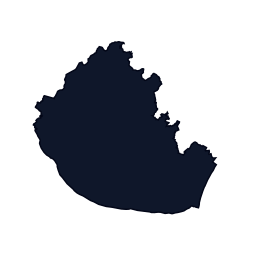 outline of Waimakariri District, Canterbury, New Zealand, rotated 15°
{"feature_id": "76426892B89827280876957", "entity_name": "Waimakariri District", "entity_type": "district", "adm_level": 2, "iso_a3": "NZL", "parent_name": "New Zealand", "parent_adm1": "Canterbury", "projection": "mercator", "projection_center": [172.332, -43.208], "detail": "fine", "context": "isolated", "style": "filled", "palette": "ink", "viewbox_px": 256, "rotation_deg": 15, "n_neighbors": 0, "source": "geoboundaries", "source_scale": "gbopen_adm2", "svg_char_len": 5809}
<svg xmlns="http://www.w3.org/2000/svg" viewBox="0 0 256 256"><g transform="rotate(15 128 128)"><path d="M102.3,47.4L101.9,46.8L101.3,46.6L98.9,47.1L97.6,47.0L96.4,47.2L94.7,48.2L93.3,48.3L92.7,48.7L92.5,49.3L90.6,50.0L89.6,51.3L89.1,51.6L88.9,52.1L88.9,53.4L87.9,55.5L87.9,58.0L86.4,59.4L85.1,59.2L83.8,58.4L83.1,57.6L82.8,57.6L82.4,57.0L81.6,56.8L79.2,56.9L78.9,58.0L78.0,59.3L78.0,60.5L77.7,61.3L77.6,62.3L78.0,63.4L76.7,64.2L75.7,65.8L73.6,67.6L73.2,68.3L72.8,70.4L71.6,71.6L72.6,74.6L71.7,76.1L71.7,76.5L69.7,78.5L68.3,78.6L66.4,76.4L64.2,77.8L62.7,84.1L61.6,85.7L59.0,88.1L54.5,92.4L54.8,94.5L54.4,96.5L54.3,97.6L54.7,98.3L55.3,98.8L55.7,99.8L56.0,101.5L55.5,102.7L55.4,104.1L56.1,105.6L55.4,107.3L54.7,108.2L52.5,109.0L50.8,110.5L50.4,111.7L50.4,113.0L50.1,113.8L49.6,116.4L48.9,117.5L48.8,117.9L49.1,118.6L38.9,118.5L38.5,119.0L38.4,119.8L38.7,120.7L38.1,121.5L38.3,122.3L38.5,124.0L37.5,124.4L37.0,125.4L37.1,126.2L36.7,126.5L35.8,126.7L34.3,126.4L33.9,126.6L33.8,127.2L34.4,128.0L34.0,128.5L33.9,129.6L33.2,131.2L33.3,132.0L36.4,133.1L38.2,134.4L38.8,134.3L39.6,134.6L40.5,136.3L40.4,136.8L40.7,138.0L41.7,138.0L42.1,138.4L41.9,139.1L41.0,139.7L40.2,138.8L39.9,139.0L40.0,139.8L40.7,140.4L41.0,141.1L39.1,141.6L38.7,142.0L38.5,142.5L37.9,143.0L37.2,144.6L38.0,145.2L38.1,146.0L37.9,146.4L37.4,146.7L36.6,148.0L36.1,148.2L35.8,149.5L36.4,149.7L37.2,149.4L37.7,150.2L37.5,150.9L37.7,151.5L38.1,152.0L39.8,152.0L40.1,152.2L40.2,152.6L40.1,152.9L39.5,152.9L38.9,153.4L38.8,154.1L39.0,154.7L42.3,158.0L42.9,159.0L46.2,162.1L46.4,162.6L46.5,165.3L46.7,166.0L49.4,169.8L53.2,173.2L56.4,175.1L59.6,176.0L61.0,177.0L61.8,176.9L63.7,177.3L65.8,178.6L69.2,181.8L69.7,183.7L71.5,186.7L74.4,190.8L77.5,192.8L83.6,197.5L91.2,201.4L92.2,202.3L95.4,203.8L98.3,204.6L102.3,205.2L110.6,207.7L114.2,208.1L119.4,209.3L127.3,209.4L133.1,208.6L142.5,207.9L147.2,207.0L149.9,206.1L151.3,205.2L158.5,205.1L170.6,203.4L172.5,203.5L175.3,202.8L178.9,201.4L181.3,200.9L185.9,200.9L189.6,199.4L192.3,199.4L193.3,199.1L195.4,197.8L198.1,196.6L201.4,194.8L203.5,193.5L205.6,191.1L207.8,189.4L209.3,187.0L210.2,186.7L211.6,187.0L212.9,186.6L214.1,186.9L216.7,186.8L216.7,184.7L216.5,182.8L216.2,181.9L216.1,176.6L216.5,169.5L217.0,164.8L217.2,164.6L218.3,157.5L219.0,154.7L220.1,150.1L221.3,146.7L221.9,143.2L222.8,140.6L218.5,138.9L220.4,134.2L218.2,135.0L216.3,134.2L214.8,131.4L213.1,132.4L212.6,131.4L212.8,130.2L212.2,128.7L208.8,130.0L208.4,129.4L208.9,126.6L205.0,125.7L204.8,126.5L202.5,126.1L202.3,125.8L201.7,125.9L199.5,125.7L198.3,124.6L196.6,124.2L195.9,124.5L195.2,125.2L194.8,126.4L194.4,126.3L193.6,128.3L193.5,128.2L193.1,130.9L192.2,132.7L191.3,132.4L189.1,135.5L189.6,136.1L189.7,136.4L189.4,136.3L189.0,136.4L188.8,136.2L188.6,136.5L189.2,136.7L189.0,137.3L189.3,137.4L188.7,139.7L186.9,139.5L185.4,139.7L184.5,139.1L183.1,139.3L183.0,138.3L182.8,137.5L181.9,136.3L181.2,134.8L179.8,134.7L179.6,134.4L179.5,134.1L180.4,133.6L180.1,132.9L180.2,132.3L179.3,131.6L179.0,130.0L176.3,128.2L176.6,127.2L174.3,126.4L174.9,125.9L175.1,125.4L174.8,125.3L174.9,125.0L174.7,124.4L175.0,123.4L174.9,122.9L174.7,122.8L174.7,122.2L174.2,121.0L174.2,120.5L174.5,120.4L174.3,120.2L174.6,119.9L174.4,119.8L174.6,118.9L175.8,118.2L176.5,117.4L177.5,116.7L176.5,115.1L176.0,114.7L174.9,113.2L175.2,112.9L175.1,112.3L175.3,112.4L175.9,110.2L176.2,109.9L176.1,108.8L173.8,108.4L173.5,109.6L173.7,109.9L173.5,110.5L173.1,110.8L173.2,111.0L172.5,111.5L172.7,111.8L172.2,112.0L171.8,112.6L172.1,113.1L171.6,113.3L171.5,113.6L171.3,113.6L171.0,113.9L170.6,113.9L170.3,114.3L170.4,114.7L169.5,115.1L169.3,114.8L168.3,114.7L168.1,114.9L168.2,115.2L167.9,115.4L167.1,115.3L166.8,115.4L166.9,115.8L166.5,115.6L165.7,116.1L165.1,116.0L164.7,116.3L164.8,115.8L164.7,115.6L165.0,115.2L164.8,114.6L165.2,114.0L165.0,113.9L165.3,113.8L165.4,113.5L166.1,112.7L166.2,112.3L162.3,112.1L162.3,109.7L163.4,109.4L163.8,109.0L165.0,109.0L164.9,108.7L165.2,108.7L165.3,108.2L164.7,107.8L164.0,106.9L163.3,107.0L163.3,106.1L161.6,106.2L161.4,105.6L162.9,103.8L161.9,102.7L161.8,103.5L160.7,104.8L160.6,105.2L159.7,105.6L157.1,105.6L156.3,106.8L157.3,107.3L157.7,107.9L158.0,108.2L156.1,109.6L155.1,112.5L153.3,112.0L153.2,112.3L152.8,112.2L152.7,112.4L151.6,111.2L151.5,111.4L148.4,109.9L148.9,109.8L149.4,109.2L149.4,108.6L149.7,108.2L149.6,106.7L149.9,105.9L150.5,105.6L151.1,103.3L151.7,102.7L151.4,101.6L150.6,101.7L150.2,101.1L148.7,97.5L148.8,97.1L148.6,96.0L148.0,95.9L147.7,96.4L147.1,96.6L147.0,95.3L147.3,94.8L147.4,93.9L146.1,91.2L145.7,90.7L145.0,88.9L143.9,87.6L143.8,86.3L146.4,84.0L147.1,82.4L147.1,81.3L146.9,80.7L148.5,77.3L149.1,76.9L149.0,76.5L148.3,75.9L147.9,74.8L146.8,74.5L146.7,74.0L146.1,73.5L146.2,73.1L145.9,72.4L145.6,72.4L145.5,72.1L145.6,71.9L145.2,71.8L145.0,71.4L145.0,71.0L144.5,70.7L144.2,70.9L144.1,70.6L142.7,70.1L141.7,69.3L140.5,68.9L139.9,69.0L138.9,68.6L138.1,69.3L137.5,71.4L137.2,71.3L137.0,71.6L137.2,72.4L137.0,73.4L134.7,75.2L133.2,77.2L131.7,77.7L130.6,76.9L128.9,76.3L128.2,75.6L127.1,73.3L127.0,72.8L127.1,72.2L127.9,71.5L128.4,70.3L128.1,69.7L127.9,67.2L127.7,66.9L126.5,67.1L125.7,67.7L124.8,69.0L123.0,70.1L122.0,70.4L119.9,70.2L118.3,70.6L117.8,70.6L117.1,69.5L115.8,68.7L114.6,68.3L113.2,67.6L112.6,66.8L112.2,63.5L110.5,62.6L110.3,62.1L110.4,61.0L111.1,59.9L112.0,59.3L113.2,59.0L113.6,58.6L113.4,57.6L112.8,57.0L112.9,56.5L112.4,56.1L112.5,55.3L111.8,55.8L111.8,54.9L111.5,54.6L111.3,55.5L111.1,55.7L110.9,55.6L110.7,54.9L110.9,54.4L111.2,54.2L111.2,53.8L110.6,54.3L109.5,54.0L109.2,54.5L108.0,54.9L107.0,55.5L105.0,55.3L104.3,55.7L104.0,55.4L103.6,55.5L102.5,53.3L101.5,52.9L100.7,51.8L100.1,51.8L99.8,52.7L99.6,52.8L99.5,51.9L99.0,51.5L99.2,50.5L99.4,50.4L100.4,50.7L100.3,50.3L99.9,49.9L100.2,49.5L100.5,48.4L101.2,47.5L102.3,47.4Z" fill="#0f172a" stroke="#020617" stroke-width="1.5"/></g></svg>